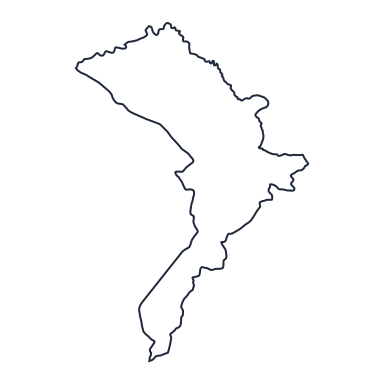 Yarula, La Paz, Honduras (Albers equal-area conic projection)
{"feature_id": "27666195B51928369453828", "entity_name": "Yarula", "entity_type": "district", "adm_level": 2, "iso_a3": "HND", "parent_name": "Honduras", "parent_adm1": "La Paz", "projection": "albers", "projection_center": [-88.087, 14.087], "detail": "fine", "context": "isolated", "style": "outline", "palette": "slate", "viewbox_px": 384, "rotation_deg": 0, "n_neighbors": 0, "source": "geoboundaries", "source_scale": "gbopen_adm2", "svg_char_len": 5905}
<svg xmlns="http://www.w3.org/2000/svg" viewBox="0 0 384 384"><path d="M84.6,59.0L84.2,59.3L82.8,61.3L82.3,61.7L81.5,62.1L79.2,62.3L78.6,62.6L78.1,63.1L77.0,66.8L75.9,68.1L77.6,70.3L80.5,72.4L86.9,75.3L88.5,76.4L99.0,82.7L100.6,84.0L109.4,91.6L111.4,94.2L112.8,98.1L113.7,99.7L115.1,101.5L116.3,102.8L118.2,103.6L121.7,104.0L122.9,104.4L124.4,105.8L128.3,110.4L129.8,111.5L132.6,113.0L139.3,116.0L147.2,119.4L158.7,123.7L160.5,124.7L167.7,132.0L171.1,136.8L179.5,146.0L181.4,148.5L182.5,149.5L187.4,152.9L188.7,154.1L190.2,156.1L192.2,158.4L192.9,159.4L193.3,160.4L193.3,161.4L192.7,162.4L186.1,167.5L184.1,170.1L182.9,171.4L181.7,171.8L178.1,171.6L176.7,171.6L175.7,171.9L175.2,172.6L176.5,175.3L179.1,177.6L179.6,178.7L181.8,181.8L184.4,187.6L185.3,189.1L186.0,189.6L186.8,189.7L190.0,189.4L191.6,189.5L193.0,190.2L193.9,191.3L194.1,192.7L194.1,194.2L193.2,197.4L192.7,200.3L191.4,204.3L190.3,211.8L190.7,214.2L193.3,215.9L193.9,216.5L193.4,222.1L194.7,225.9L197.5,230.4L197.7,231.3L197.5,232.3L194.2,236.5L191.9,239.9L190.5,244.4L189.3,247.2L184.8,249.7L182.3,251.7L141.6,303.0L140.1,305.6L139.3,307.9L139.1,309.3L139.2,310.9L140.2,316.8L141.3,321.4L142.2,326.7L143.5,331.6L145.5,334.0L148.6,336.6L150.4,338.6L151.6,339.6L153.8,340.8L154.3,341.2L154.5,341.7L154.2,342.9L149.9,349.2L150.0,351.2L150.4,352.0L151.0,352.6L151.2,353.4L150.7,355.5L149.8,357.4L149.3,361.0L151.3,360.4L152.5,359.8L153.9,358.5L155.6,356.6L156.4,356.0L161.0,355.4L163.9,354.1L167.9,352.7L169.0,349.0L170.2,343.9L171.2,338.1L171.2,337.5L170.4,335.2L170.3,334.1L170.8,333.6L172.3,332.5L174.8,330.3L176.3,328.3L178.1,327.7L179.1,327.0L180.1,325.9L180.7,324.3L181.0,322.6L181.2,317.4L182.8,315.4L182.9,314.6L183.0,310.6L182.3,309.1L181.5,307.9L181.2,306.9L181.5,305.0L182.6,301.9L184.1,298.9L187.5,295.3L188.9,292.9L190.7,291.2L192.8,289.8L193.3,287.6L194.1,285.6L193.1,282.7L193.1,282.0L193.6,281.3L193.6,280.6L192.6,278.3L192.5,277.9L192.7,277.5L198.0,276.2L199.0,275.6L199.5,274.8L199.7,273.8L200.2,269.8L200.5,268.6L201.1,267.7L201.9,267.2L202.7,267.1L204.7,267.8L206.7,268.0L211.0,270.0L211.9,269.8L213.4,269.7L215.3,268.9L220.9,268.7L222.0,268.3L222.7,267.9L223.1,267.2L223.4,266.1L223.5,260.9L224.0,260.2L225.6,258.7L226.1,257.9L226.4,256.9L226.4,255.4L226.0,252.2L225.4,249.4L222.3,244.8L221.4,242.6L221.4,242.1L221.7,242.0L222.7,242.2L223.5,242.0L224.6,241.6L225.5,240.9L225.9,240.1L226.4,238.1L227.3,235.9L227.8,234.8L228.3,234.1L228.9,233.8L230.5,233.8L232.4,233.4L237.8,230.3L241.0,228.2L245.8,224.3L248.9,222.3L250.3,221.0L251.4,219.8L253.3,217.0L257.4,210.3L260.0,207.0L260.1,206.0L259.6,203.5L259.7,202.7L260.0,202.2L261.1,201.6L264.7,200.6L267.0,199.8L271.2,199.8L271.9,199.6L272.2,198.7L272.3,197.6L271.9,195.0L269.2,192.2L268.8,191.4L268.6,190.6L268.8,188.8L269.7,187.5L270.0,186.6L270.2,185.5L270.1,184.5L270.3,184.3L271.6,184.3L274.1,185.0L276.5,186.6L278.5,188.8L279.4,189.3L283.0,189.4L287.0,190.4L292.7,190.7L293.8,190.3L294.4,189.3L294.4,188.3L293.5,187.0L291.4,184.8L291.0,183.9L291.4,182.9L293.1,180.8L293.5,179.7L292.7,178.3L291.1,176.7L290.9,175.9L291.0,175.1L292.0,174.3L294.0,173.3L297.3,171.0L299.4,170.3L301.1,170.3L302.2,169.8L303.9,168.2L304.7,167.0L305.2,165.9L306.5,165.5L307.4,164.8L308.0,164.2L308.1,163.5L304.4,158.1L303.0,155.1L302.6,154.8L299.4,155.1L293.8,154.9L290.1,155.4L287.7,154.9L285.8,154.1L284.9,154.0L284.0,154.2L279.7,155.9L278.8,155.9L277.7,155.4L277.3,154.5L272.3,154.0L267.3,151.9L265.3,150.6L262.9,149.7L262.7,149.5L262.7,148.9L262.5,148.7L261.8,148.5L259.9,148.3L259.0,147.9L258.8,147.5L259.0,147.1L260.2,146.2L261.0,144.8L263.0,139.5L263.4,138.0L263.4,134.7L262.8,133.1L262.8,130.9L262.4,130.0L261.7,129.1L261.7,128.2L260.6,125.6L260.7,125.2L261.6,123.8L261.6,123.4L259.5,121.2L258.7,118.6L258.0,117.9L256.9,117.4L256.1,116.5L255.5,115.5L255.4,114.7L255.7,114.1L257.1,112.3L259.5,110.1L262.3,108.5L265.8,107.4L267.2,106.3L268.0,105.0L268.3,103.5L268.3,102.1L267.6,100.7L264.5,97.6L260.6,96.1L258.7,95.5L257.8,95.3L255.9,95.4L252.7,95.9L249.9,98.3L248.5,98.7L247.0,98.2L246.2,98.3L245.0,98.7L242.1,100.5L240.9,100.3L239.9,99.3L238.9,99.1L237.9,99.1L237.5,98.4L237.6,97.5L237.4,97.2L236.8,96.7L235.7,96.4L235.1,95.3L234.4,94.8L234.2,92.3L232.0,90.2L230.8,88.8L230.7,87.6L231.1,86.2L230.9,85.3L227.2,83.7L226.0,82.2L224.7,81.3L224.0,80.4L223.4,78.8L223.3,77.6L222.4,76.8L221.8,76.0L221.9,75.6L222.4,75.0L222.2,74.3L221.5,73.3L220.6,72.6L220.2,72.0L220.3,70.6L220.0,69.7L219.6,69.2L218.6,69.0L218.3,68.6L217.9,67.4L217.5,64.5L217.2,64.0L216.8,63.7L216.5,63.7L216.1,64.2L215.6,65.2L214.1,65.3L213.8,63.4L214.1,61.9L213.9,61.4L213.5,61.0L213.0,60.9L212.6,61.1L212.1,62.5L211.6,63.3L211.2,63.4L210.6,63.4L210.0,62.9L209.8,61.9L209.3,61.2L208.3,61.6L207.1,61.7L205.4,61.5L204.7,60.6L204.6,59.5L204.0,58.9L202.8,58.3L198.6,56.9L197.7,56.4L197.3,55.4L196.9,55.0L193.5,53.9L191.1,53.5L190.2,53.2L189.2,48.2L189.1,45.9L189.4,44.7L189.2,43.3L188.7,42.7L187.2,41.6L183.5,41.4L183.1,40.9L183.0,39.9L183.1,38.3L183.4,37.8L183.1,36.7L179.6,34.4L179.0,33.4L179.1,32.8L179.8,31.9L179.8,31.2L178.3,30.7L176.2,30.5L175.5,29.7L175.3,28.0L174.6,27.4L172.7,28.1L171.8,28.1L171.2,27.4L171.0,25.5L170.6,24.4L169.3,23.6L168.0,23.0L166.7,23.1L165.3,24.3L164.1,26.0L163.8,27.5L163.7,28.5L163.3,29.0L159.8,29.2L158.9,30.0L158.4,31.9L158.2,33.5L157.2,34.7L156.4,35.0L155.5,34.5L153.9,33.3L152.8,31.5L151.4,27.1L150.9,26.7L148.9,26.2L146.3,29.0L145.6,30.2L145.6,30.6L146.1,31.3L146.7,33.2L147.2,34.1L147.1,34.8L146.8,35.3L143.7,37.5L140.8,38.5L137.1,40.2L132.9,41.3L128.0,42.0L124.6,44.6L125.7,45.6L126.2,47.0L125.9,47.8L125.1,48.5L122.4,48.7L117.2,47.5L115.6,47.4L115.1,48.0L114.1,51.5L113.4,52.3L112.7,52.8L112.0,52.9L111.0,52.7L107.1,51.4L106.2,51.2L105.6,51.6L105.0,52.2L104.1,54.2L103.5,54.9L102.8,55.5L102.0,55.7L101.1,55.6L100.0,55.2L99.4,54.8L98.4,53.6L97.5,53.1L97.1,53.1L96.0,53.8L93.3,56.5L91.4,57.8L89.9,58.4L87.5,58.8L86.0,59.0L84.6,59.0Z" fill="none" stroke="#1e293b" stroke-width="2"/></svg>